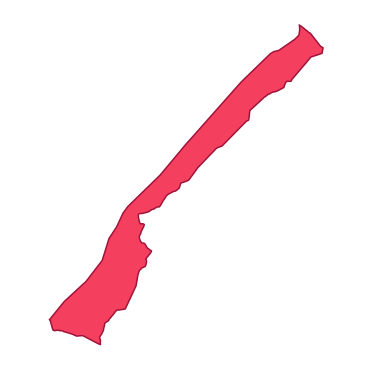 an SVG outline of Vargas, rotated 315°
{"feature_id": "VEN-42", "entity_name": "Vargas", "entity_type": "State", "adm_level": 1, "iso_a3": "VEN", "parent_name": "Venezuela", "parent_adm1": "", "projection": "orthographic", "projection_center": [-66.956, 10.514], "detail": "fine", "context": "isolated", "style": "filled", "palette": "rose", "viewbox_px": 384, "rotation_deg": 315, "n_neighbors": 0, "source": "natural_earth", "source_scale": "10m", "svg_char_len": 2905}
<svg xmlns="http://www.w3.org/2000/svg" viewBox="0 0 384 384"><g transform="rotate(315 192 192)"><path d="M0.9,181.5L24.3,179.1L53.9,180.3L80.1,176.9L100.4,166.2L114.3,163.3L128.4,158.1L136.4,156.9L181.6,157.5L220.6,154.0L304.5,149.0L345.1,149.6L349.2,150.6L353.3,153.2L372.7,156.7L378.6,156.7L383.0,153.3L385.9,150.0L386.5,152.1L387.4,160.8L387.3,161.7L387.5,162.5L387.6,162.8L387.8,162.9L387.9,163.1L387.9,163.3L387.9,163.8L385.9,180.1L386.1,180.6L386.2,181.0L386.5,181.9L386.6,182.1L386.7,182.4L385.9,183.3L381.9,185.9L371.4,180.6L366.7,181.1L341.9,183.1L340.9,183.7L340.4,183.6L339.8,183.3L337.3,180.8L336.5,180.7L335.3,181.0L332.9,182.0L331.0,183.0L329.9,182.8L323.8,180.9L322.1,180.1L321.1,179.6L320.9,179.3L320.7,179.0L319.9,178.6L318.1,177.9L316.4,177.5L315.8,177.4L315.3,177.1L315.0,176.9L314.4,176.7L311.7,176.5L310.1,176.1L292.1,175.4L291.5,175.2L290.3,175.6L288.8,176.6L285.4,179.5L282.8,181.2L280.3,180.4L245.7,180.7L242.0,179.0L240.3,178.4L239.7,178.4L213.5,178.9L198.2,181.3L196.8,180.9L192.5,178.9L191.1,178.0L189.7,178.1L185.9,180.2L182.0,179.9L180.5,179.4L180.0,179.0L178.6,178.3L174.3,177.0L172.0,176.6L171.3,176.6L170.9,176.6L170.5,176.7L168.8,177.2L167.8,177.4L166.1,177.6L160.4,179.2L159.0,179.4L158.1,179.3L157.8,178.9L157.5,178.5L156.7,178.0L156.3,177.7L153.6,177.2L152.9,177.0L151.1,176.0L150.5,175.9L149.5,175.7L148.6,175.6L148.1,175.5L145.7,174.5L143.7,173.2L142.1,172.3L141.2,171.6L140.0,170.5L139.6,170.2L139.3,170.1L138.9,170.0L138.4,170.0L137.5,170.7L136.3,171.9L134.2,175.2L133.4,176.7L133.0,177.8L133.2,178.1L134.7,179.6L134.9,179.9L135.1,180.4L135.2,180.8L135.2,181.2L134.6,181.7L133.6,182.2L128.3,184.0L125.8,185.4L125.4,185.5L125.0,185.5L124.6,185.6L124.0,185.8L122.8,186.7L121.8,188.0L120.7,190.6L120.6,191.9L120.7,192.8L121.8,194.2L122.0,194.7L122.1,195.1L122.0,195.5L121.1,198.8L120.9,200.5L120.9,200.9L121.2,201.8L121.2,202.2L121.2,203.1L121.3,203.5L121.6,204.2L121.7,204.7L121.7,205.0L121.0,205.4L119.7,205.8L113.1,206.5L111.8,206.9L111.5,208.0L110.9,208.7L110.4,209.3L107.9,210.9L107.0,211.3L106.0,211.4L104.3,210.9L103.3,210.5L102.3,210.2L101.3,210.4L99.8,210.3L99.1,210.4L95.4,212.2L86.1,218.8L62.1,227.5L57.1,224.0L55.5,222.5L54.7,222.4L53.5,222.4L48.8,223.1L46.9,223.1L45.7,223.3L45.4,223.4L44.3,223.3L43.5,223.4L43.2,223.5L42.3,223.9L42.0,224.0L41.5,223.9L38.9,223.3L38.0,223.2L37.4,223.3L35.0,225.0L33.7,225.6L33.1,226.0L32.2,226.8L31.4,227.2L31.0,227.4L27.5,228.6L25.5,228.9L25.0,229.1L24.1,229.4L23.8,229.7L23.5,229.9L23.3,230.3L22.7,231.7L22.5,232.0L22.2,232.4L21.9,232.7L21.5,232.9L19.4,235.0L18.6,233.6L13.3,216.6L12.8,215.9L8.5,212.3L6.9,208.0L2.5,199.8L1.9,198.1L1.5,197.5L1.2,197.1L0.8,197.0L0.6,196.8L0.4,196.6L0.1,195.8L-0.5,195.0L-0.6,194.9L-0.9,194.7L-1.4,194.3L-1.7,194.0L-2.3,193.4L-2.7,193.3L-2.8,193.3L-3.1,193.1L-3.2,192.8L-3.5,192.1L-3.9,191.6L-3.3,190.0L0.7,183.0L0.9,181.5Z" fill="#f43f5e" stroke="#9f1239" stroke-width="1.5"/></g></svg>